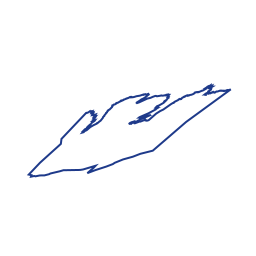 Båtsfjord nor, Finnmark, Norway, rotated 336°
{"feature_id": "86288312B97693798592449", "entity_name": "Båtsfjord nor", "entity_type": "district", "adm_level": 2, "iso_a3": "NOR", "parent_name": "Norway", "parent_adm1": "Finnmark", "projection": "equal_earth", "projection_center": [30.184, 70.514], "detail": "fine", "context": "isolated", "style": "outline", "palette": "blue", "viewbox_px": 256, "rotation_deg": 336, "n_neighbors": 0, "source": "geoboundaries", "source_scale": "gbopen_adm2", "svg_char_len": 5813}
<svg xmlns="http://www.w3.org/2000/svg" viewBox="0 0 256 256"><g transform="rotate(336 128 128)"><path d="M141.4,158.8L183.6,146.1L237.6,134.5L235.0,134.3L234.8,134.2L235.0,134.1L234.3,133.7L234.6,133.7L232.1,133.6L230.7,133.3L230.5,133.2L230.7,132.9L230.3,132.7L228.9,132.2L228.4,132.0L228.5,131.8L227.3,131.3L224.8,131.1L224.3,130.9L224.5,130.9L224.1,130.9L223.6,130.6L221.6,131.0L221.0,130.5L221.8,130.2L221.4,130.2L221.6,130.1L219.9,130.1L219.2,129.8L219.3,129.8L218.9,129.8L219.1,129.6L218.5,129.6L215.3,129.4L213.8,128.3L212.6,128.7L212.9,128.8L212.6,129.4L212.2,129.2L212.4,128.9L212.2,128.8L212.2,128.6L211.9,128.5L213.1,128.2L215.7,128.1L215.8,127.8L217.2,127.6L217.3,127.5L216.3,127.4L216.3,127.2L219.4,126.7L219.6,126.3L219.4,126.3L219.6,126.2L219.4,126.0L219.8,125.7L219.5,125.7L219.2,125.3L219.3,125.2L218.9,124.9L217.9,124.5L218.0,124.3L218.6,124.2L220.9,124.2L220.6,124.3L221.2,124.6L222.1,124.5L221.7,124.3L221.9,124.3L221.7,124.2L221.3,124.2L221.5,124.1L221.3,123.8L221.5,123.8L221.3,123.7L221.6,123.5L220.8,123.5L220.8,123.4L220.5,123.4L220.4,123.2L220.6,123.1L220.3,123.0L220.6,123.0L219.9,122.9L220.1,122.7L219.6,122.8L219.8,122.7L219.0,122.5L217.2,122.6L216.6,122.9L214.6,123.2L215.4,123.8L215.2,123.9L211.6,124.2L210.8,124.1L210.7,124.0L207.1,124.0L205.6,123.5L205.5,123.4L205.8,123.3L205.5,123.2L205.2,123.1L205.5,123.1L204.3,123.0L204.6,122.9L203.3,122.8L203.1,123.0L203.5,123.0L203.1,123.0L203.3,123.1L203.0,123.3L201.2,123.5L199.4,123.4L198.0,123.0L196.9,123.1L195.4,122.8L195.3,122.6L195.9,122.4L195.5,122.2L193.4,122.2L193.5,122.3L192.6,122.5L189.9,122.4L188.4,123.2L187.3,122.9L187.3,122.7L187.5,122.6L187.4,122.5L185.5,122.5L185.8,122.5L185.0,122.9L181.4,123.0L180.8,123.1L180.7,123.4L180.5,123.5L179.6,123.6L179.2,123.4L176.9,123.7L167.8,125.5L164.4,125.6L159.6,126.3L150.3,129.2L149.0,129.2L147.8,128.8L147.3,128.4L147.6,128.1L147.4,127.6L146.4,127.4L141.9,127.2L141.0,126.8L136.3,126.5L135.8,126.3L135.7,125.7L134.4,125.1L133.2,125.2L132.7,125.5L132.0,125.2L132.3,125.0L132.2,125.0L132.6,125.0L132.3,124.7L130.3,124.7L132.0,124.2L134.4,124.2L134.2,124.3L135.2,124.4L135.0,124.5L135.3,124.6L135.5,125.0L138.1,125.7L139.8,125.4L141.8,125.3L142.4,125.1L145.7,125.2L147.4,125.6L148.7,125.3L151.8,125.3L152.1,125.3L151.8,125.1L152.0,125.0L151.3,124.9L148.6,124.7L148.3,124.4L147.0,124.3L144.9,124.3L143.1,123.9L143.4,123.5L142.3,123.0L142.8,122.9L142.5,122.9L142.3,122.8L152.7,122.9L160.9,122.3L161.1,122.0L162.7,121.8L162.2,121.6L162.6,121.4L161.5,121.2L161.2,120.9L162.2,120.6L162.1,120.4L163.3,119.9L165.6,120.0L170.7,119.5L172.1,119.0L171.9,118.9L172.4,118.9L171.8,118.6L172.2,118.3L175.4,117.9L174.9,117.8L175.3,117.7L175.0,117.7L176.2,117.2L176.4,117.1L176.2,117.0L176.9,117.0L176.7,116.9L177.1,116.9L177.1,116.7L177.3,116.7L177.1,116.6L177.3,116.5L177.0,116.5L177.2,116.4L177.0,116.2L176.8,116.0L177.1,115.9L176.9,115.8L177.3,115.4L176.9,115.3L177.0,115.1L178.2,114.8L178.8,114.5L178.5,114.4L178.9,114.3L178.4,114.3L178.7,114.2L178.6,113.8L177.9,113.7L178.0,113.6L176.4,113.2L175.3,113.4L175.0,113.1L173.9,112.9L172.2,112.3L171.7,111.8L170.4,111.6L167.3,110.8L166.8,110.2L166.0,109.8L163.3,109.6L160.8,109.6L157.6,109.0L148.5,109.1L146.3,108.9L146.1,108.5L146.3,108.3L149.8,107.8L151.8,107.3L154.3,107.3L157.8,106.7L158.5,106.3L159.9,106.0L159.7,105.8L159.8,105.6L161.3,105.1L159.1,105.0L157.7,104.6L157.6,104.2L156.7,104.1L156.8,104.0L156.1,103.7L152.0,103.3L148.6,102.4L146.6,102.2L145.0,101.9L144.2,101.6L144.4,101.5L143.6,100.8L142.4,100.5L140.8,100.7L139.2,100.6L139.3,100.5L138.5,100.4L136.5,100.5L135.7,100.3L135.2,100.6L132.7,100.1L131.9,100.4L132.2,100.6L130.7,100.6L129.2,100.8L127.9,100.5L127.0,100.6L126.9,100.7L127.1,100.9L125.9,101.1L125.0,101.0L124.7,100.8L124.3,100.8L124.5,100.9L124.3,101.0L122.8,101.0L122.7,101.2L122.9,101.2L122.2,101.4L122.7,101.5L122.7,101.8L122.0,102.1L121.9,102.4L118.7,103.6L117.7,103.6L116.5,103.9L116.4,104.1L116.6,104.2L115.6,104.6L115.1,105.2L114.1,105.3L113.9,105.7L111.1,107.1L111.3,107.1L111.1,107.2L111.1,107.4L109.6,107.9L109.2,108.5L105.9,110.2L104.2,110.5L102.9,111.0L101.8,110.9L101.7,111.0L101.9,111.1L101.4,111.3L97.7,111.4L94.0,111.8L89.3,113.2L86.5,113.2L85.9,113.3L86.0,113.5L85.8,113.6L86.0,113.7L85.8,113.8L84.5,113.6L85.3,113.2L85.6,113.3L85.4,113.2L86.3,113.2L85.9,113.0L85.9,112.8L87.8,112.5L88.0,112.3L87.3,112.3L87.6,112.2L87.0,112.1L87.8,111.8L87.5,111.7L89.1,111.6L88.5,111.9L89.3,112.2L89.9,112.2L90.3,112.0L90.4,111.7L90.2,111.6L91.9,111.4L92.3,111.0L92.8,110.9L90.2,111.4L90.5,111.0L92.1,110.8L91.3,110.8L91.8,110.4L93.6,110.8L94.1,110.4L93.8,110.4L94.1,110.2L93.7,110.0L94.2,109.9L94.3,109.7L94.2,109.6L94.5,109.5L95.7,109.3L97.1,108.5L100.4,107.9L100.9,107.6L98.3,107.5L98.0,107.3L99.5,106.8L99.8,106.3L100.5,105.9L101.6,105.7L101.3,105.7L101.6,105.5L101.3,105.5L101.5,105.3L100.8,105.1L101.6,104.7L101.3,104.5L101.7,104.2L102.8,103.9L102.1,103.7L102.6,103.5L102.7,103.1L103.5,102.8L103.9,102.5L102.8,102.4L101.2,101.9L101.5,101.8L101.0,101.5L101.7,101.1L101.8,101.0L101.6,100.8L101.9,100.8L101.6,100.8L101.9,100.7L101.6,100.7L101.9,100.6L101.7,100.6L102.1,100.2L101.6,100.1L101.9,99.9L101.6,99.8L101.9,99.8L101.7,99.6L101.9,99.6L101.7,99.6L102.1,99.4L101.5,99.3L101.7,99.2L101.4,99.2L101.6,99.1L101.7,98.9L101.4,98.9L101.8,98.8L101.7,98.7L102.0,98.6L102.3,98.3L102.1,98.3L102.4,98.2L102.1,98.2L102.7,97.9L102.1,98.0L101.8,97.8L102.0,97.8L101.5,97.9L100.5,97.7L100.1,97.5L100.6,97.3L100.1,97.3L100.1,97.2L98.1,97.6L96.5,97.5L96.4,97.3L95.9,97.2L62.8,110.9L60.2,115.2L33.6,123.9L18.4,130.2L20.7,131.9L19.6,133.0L22.8,133.7L23.8,134.5L28.2,135.5L32.4,137.3L37.1,138.1L38.6,138.0L48.1,139.8L51.8,140.3L67.1,146.8L70.0,147.6L83.0,149.3L80.3,150.4L72.5,152.7L81.1,153.2L92.5,154.4L99.5,154.8L101.7,154.4L110.7,154.7L120.8,156.2L128.8,156.6L141.4,158.8Z" fill="none" stroke="#1e3a8a" stroke-width="2"/></g></svg>